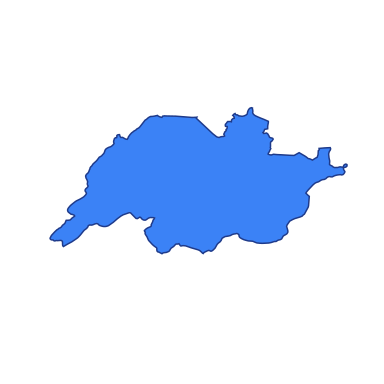 Rabai, Coast, Kenya (Equal Earth projection), rotated 236°
{"feature_id": "3690345B74333595130890", "entity_name": "Rabai", "entity_type": "district", "adm_level": 2, "iso_a3": "KEN", "parent_name": "Kenya", "parent_adm1": "Coast", "projection": "equal_earth", "projection_center": [39.614, -3.885], "detail": "fine", "context": "isolated", "style": "filled", "palette": "blue", "viewbox_px": 384, "rotation_deg": 236, "n_neighbors": 0, "source": "geoboundaries", "source_scale": "gbopen_adm2", "svg_char_len": 6092}
<svg xmlns="http://www.w3.org/2000/svg" viewBox="0 0 384 384"><g transform="rotate(236 192 192)"><path d="M189.5,286.6L190.3,288.7L191.1,289.0L192.0,288.5L193.0,287.5L194.1,286.9L195.6,287.2L197.9,287.3L199.2,286.8L199.9,285.2L200.4,284.2L201.6,284.0L202.0,285.4L202.7,286.4L203.3,287.2L202.1,290.1L204.3,291.6L207.2,294.4L207.9,294.8L211.9,292.3L214.5,290.5L217.4,288.6L219.9,287.1L220.9,286.7L221.8,286.5L222.9,286.4L223.9,286.7L224.9,287.6L226.2,288.3L227.2,288.6L227.8,289.1L228.7,288.4L229.1,286.8L228.9,285.7L228.3,284.3L227.3,282.9L225.8,281.4L225.6,280.3L225.7,279.1L226.0,277.6L226.7,275.9L229.0,273.4L230.5,272.8L231.1,272.0L231.9,271.5L233.0,271.6L233.1,270.0L232.7,268.6L231.9,268.9L230.7,268.9L229.5,268.3L229.9,267.4L229.9,266.3L229.6,265.1L228.2,263.9L229.3,262.8L229.8,261.9L230.4,261.2L230.2,259.9L229.7,258.9L229.5,257.7L228.9,257.0L227.7,256.5L226.6,257.8L225.7,257.2L224.9,256.3L224.8,255.2L224.1,255.0L223.6,253.9L223.4,252.5L222.8,251.9L222.2,250.7L221.1,250.6L220.2,250.3L220.4,249.2L221.3,247.6L221.8,246.3L222.0,245.0L222.8,244.2L223.5,243.6L224.3,243.2L228.7,241.8L230.0,241.5L250.7,236.8L251.3,237.9L252.1,236.4L253.8,233.7L263.9,221.0L269.4,213.2L270.6,211.6L271.3,210.0L270.7,208.8L271.3,208.1L273.6,206.5L274.8,206.2L276.0,203.1L276.8,201.5L277.8,199.8L278.0,198.4L278.0,196.8L277.7,194.9L277.8,193.3L275.2,185.4L274.9,183.8L275.1,181.2L274.8,180.2L275.0,177.5L274.8,176.3L274.8,175.0L274.2,172.6L273.3,170.2L272.5,169.1L271.9,167.7L273.1,166.5L276.1,165.0L277.0,163.5L278.1,163.4L280.1,164.0L280.7,163.0L281.0,162.0L280.7,161.1L279.9,160.7L279.2,159.9L279.8,159.0L279.7,157.6L278.1,155.6L277.2,154.9L275.9,154.6L275.4,153.6L275.2,152.6L275.0,151.2L275.0,150.0L275.6,147.9L275.8,146.3L275.8,144.7L275.4,143.5L273.8,141.4L273.2,140.2L272.9,138.6L272.5,137.3L272.7,134.5L272.2,133.1L271.7,131.7L271.3,130.4L271.1,129.2L270.6,125.7L269.6,123.3L269.5,122.2L269.0,121.0L268.1,120.1L267.5,119.0L266.8,118.2L266.1,116.9L265.8,115.7L265.7,114.5L265.3,113.6L264.7,112.7L264.0,112.5L263.3,112.1L262.5,111.9L260.9,111.8L258.8,111.2L258.2,110.6L257.3,109.7L256.2,109.3L255.4,109.3L254.7,108.8L254.3,107.7L254.0,105.5L253.5,104.6L252.7,104.0L251.9,103.9L251.1,104.0L250.0,103.8L249.2,102.6L248.8,100.9L248.5,99.4L248.7,95.3L249.3,91.1L249.3,89.8L248.9,84.7L248.7,83.4L248.0,81.0L247.6,80.0L247.0,79.1L246.0,78.4L244.8,78.2L243.9,78.4L242.2,79.0L241.2,79.3L240.3,80.3L239.4,80.9L238.5,81.4L237.7,81.3L237.5,79.9L237.5,78.6L237.4,77.4L237.1,76.4L237.0,75.2L237.6,73.9L238.9,71.9L238.3,70.9L237.5,69.8L237.0,68.7L236.9,67.1L236.8,65.8L236.2,64.6L236.0,63.4L236.1,62.2L236.3,61.2L236.1,60.1L236.2,58.8L235.7,55.9L234.6,51.2L233.1,48.5L232.0,48.2L231.0,48.6L230.5,49.3L229.7,50.1L228.7,50.3L228.1,51.0L227.7,52.3L226.8,53.4L225.5,55.8L224.9,56.5L224.0,56.9L223.2,56.8L220.8,55.3L219.8,54.8L218.7,54.9L218.6,56.4L218.4,59.7L217.9,64.5L217.9,69.9L218.0,71.9L218.6,74.7L219.0,76.1L220.2,79.9L220.6,81.4L220.7,84.2L221.2,85.9L222.1,87.3L221.9,88.8L221.0,89.8L220.5,90.7L220.1,92.1L219.9,93.4L219.5,94.5L219.1,95.4L218.3,96.1L217.1,96.3L216.0,96.7L214.4,97.9L213.5,98.7L212.6,99.7L212.0,100.6L211.4,101.8L211.0,103.1L210.8,104.1L210.9,108.5L210.9,109.7L211.6,115.3L211.8,119.7L211.7,120.8L211.6,122.2L210.0,128.2L209.5,129.0L208.7,129.5L207.9,129.6L202.4,130.6L201.4,130.8L200.5,131.8L200.4,133.0L200.4,134.5L199.7,135.2L197.9,135.3L196.7,135.7L195.5,136.5L194.8,137.5L194.6,138.5L194.7,141.1L194.5,142.1L194.2,143.1L192.4,145.6L191.4,146.4L190.8,145.4L190.4,143.9L189.5,143.0L188.6,141.5L188.0,140.4L187.5,139.7L186.8,139.4L186.4,138.4L187.0,135.5L187.1,133.4L186.9,132.3L186.7,131.0L185.9,130.7L184.8,130.8L184.2,130.1L183.2,129.7L179.8,129.6L176.7,129.0L175.8,129.0L170.5,129.8L168.3,130.4L165.7,131.4L164.9,131.3L163.9,130.6L162.7,130.0L161.6,130.1L160.7,130.9L157.6,132.6L157.7,133.7L157.4,134.7L156.9,135.7L156.3,136.8L156.0,138.0L155.7,139.6L155.9,140.7L156.5,141.7L157.1,143.3L157.1,146.3L157.8,149.3L157.3,150.5L156.7,151.2L156.5,152.3L154.3,152.3L153.4,152.6L152.9,153.9L152.4,154.8L150.9,156.6L146.1,160.2L140.7,164.7L139.6,165.4L138.7,165.8L136.6,166.3L135.4,166.5L134.7,166.9L135.1,167.9L135.0,169.3L134.6,172.1L134.1,173.4L132.3,174.6L132.0,175.7L132.1,177.3L132.6,179.8L134.5,183.5L134.9,185.2L135.0,187.4L135.5,189.0L136.2,190.1L136.8,191.1L136.7,192.9L136.6,194.4L135.2,197.4L134.4,199.5L134.3,201.3L133.8,203.1L133.1,204.5L132.7,205.7L132.1,206.4L130.5,207.0L128.6,206.2L127.9,206.2L127.0,206.4L125.5,207.1L123.5,208.3L121.9,209.6L120.0,211.3L117.8,214.1L117.1,214.9L115.2,216.1L113.5,217.3L111.6,219.6L110.1,221.6L106.8,227.1L105.9,229.2L104.9,232.6L104.0,234.0L103.9,236.6L103.5,237.5L103.1,238.6L103.0,240.1L104.4,242.8L104.5,244.0L104.3,245.6L104.3,247.3L104.7,248.3L105.2,249.1L106.0,249.6L106.8,250.0L110.6,251.2L111.5,252.4L113.2,256.7L112.9,260.0L112.5,262.3L110.8,267.8L110.4,269.8L110.8,271.5L110.8,272.8L111.4,274.0L114.5,279.9L115.4,280.9L122.8,286.8L125.0,286.2L127.4,285.8L127.9,286.8L128.7,289.5L130.2,296.1L130.5,298.4L130.5,299.4L130.3,300.6L129.7,302.7L129.6,305.8L129.2,307.2L128.4,308.8L128.2,310.6L128.5,311.9L128.5,312.9L128.2,314.1L127.6,315.0L126.8,315.7L126.1,316.8L125.8,319.2L125.2,321.1L124.5,322.7L123.5,324.6L122.4,325.7L122.0,327.0L122.3,328.3L122.8,329.5L123.5,330.2L125.5,330.2L126.5,330.5L127.4,331.1L127.0,332.3L126.6,333.6L126.9,335.1L128.1,335.8L129.1,335.2L129.4,334.2L129.3,332.9L128.1,331.1L128.8,330.2L129.6,329.4L130.3,328.3L130.6,327.2L131.0,326.2L131.8,325.1L132.4,324.0L133.6,323.1L134.9,322.8L135.8,322.3L136.8,321.7L137.9,321.4L138.9,322.1L140.0,323.0L140.9,323.6L143.7,324.7L146.7,326.3L147.4,326.8L148.1,327.6L148.9,328.7L149.2,329.6L149.7,330.5L150.5,331.2L151.5,331.4L154.5,326.4L157.1,321.7L155.9,321.2L155.6,319.8L152.5,317.4L150.8,315.2L151.0,313.5L151.1,309.7L152.2,309.1L153.6,308.2L154.8,307.0L157.2,306.3L158.9,305.6L164.7,302.8L165.2,297.1L168.2,293.0L172.7,287.1L175.7,283.1L177.7,280.7L178.4,278.3L179.8,276.9L180.9,276.3L181.7,277.3L182.2,278.7L183.0,279.8L183.9,281.6L185.0,281.7L185.7,282.4L186.5,283.0L188.8,284.5L189.5,285.3L189.5,286.6Z" fill="#3b82f6" stroke="#1e3a8a" stroke-width="1.5"/></g></svg>